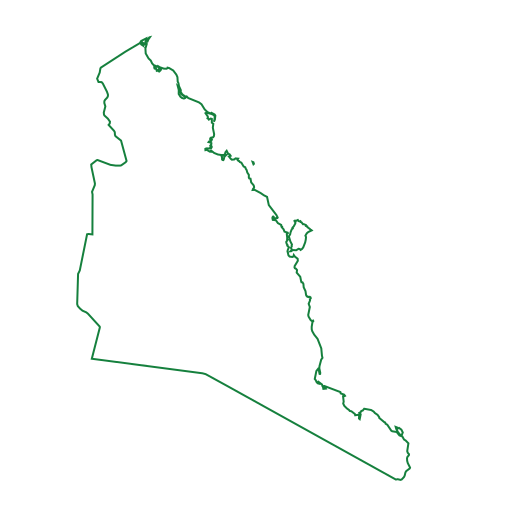 Sonora, Albers equal-area conic projection, rotated 188°
{"feature_id": "MEX-2712", "entity_name": "Sonora", "entity_type": "State", "adm_level": 1, "iso_a3": "MEX", "parent_name": "Mexico", "parent_adm1": "", "projection": "albers", "projection_center": [-111.078, 29.368], "detail": "fine", "context": "isolated", "style": "outline", "palette": "green", "viewbox_px": 512, "rotation_deg": 188, "n_neighbors": 0, "source": "natural_earth", "source_scale": "10m", "svg_char_len": 6108}
<svg xmlns="http://www.w3.org/2000/svg" viewBox="0 0 512 512"><g transform="rotate(188 256 256)"><path d="M86.4,54.1L265.4,122.9L289.4,132.0L292.7,132.4L404.3,131.4L400.7,163.4L400.9,164.3L414.4,175.5L416.3,176.6L420.2,177.7L422.9,179.4L425.5,181.6L426.4,183.5L429.7,213.5L428.5,217.1L426.3,254.0L424.9,254.5L421.0,254.6L426.4,294.2L427.3,296.7L425.5,303.7L425.6,305.4L431.3,321.1L431.9,323.7L427.2,328.6L426.3,329.0L412.8,326.0L407.4,326.0L403.1,326.6L402.1,327.0L399.0,329.9L398.0,330.9L397.4,332.1L405.7,351.5L411.8,355.1L412.5,356.2L413.1,359.0L413.9,360.1L420.2,365.3L419.3,366.8L419.3,368.7L421.8,371.4L425.6,374.0L426.2,374.8L426.7,376.9L426.0,383.2L427.5,386.4L427.7,388.3L427.2,389.6L425.3,392.3L424.9,393.9L425.1,395.3L426.5,398.0L431.7,405.5L433.1,406.7L436.2,406.4L438.0,409.5L436.3,415.9L436.2,420.0L435.9,420.9L413.6,440.3L400.7,450.6L400.2,451.7L399.2,449.6L397.6,448.8L398.4,450.0L396.0,449.7L394.4,451.6L393.9,451.6L393.7,450.7L394.4,446.2L393.4,441.2L389.9,436.7L387.4,434.9L385.7,432.3L383.9,430.8L380.6,430.0L380.2,429.6L380.8,429.4L383.3,430.2L383.0,429.0L382.5,428.8L382.9,428.2L382.5,427.5L380.7,427.3L380.1,425.7L378.8,426.6L378.4,425.4L377.5,425.2L376.3,426.7L376.1,427.4L377.9,427.9L378.1,428.3L377.8,429.2L379.6,429.9L379.5,430.4L377.4,429.5L373.2,428.7L370.7,429.0L369.9,429.6L369.8,430.2L368.1,430.0L363.8,428.2L360.1,424.5L358.7,422.2L357.8,417.8L356.9,416.4L355.9,413.5L353.5,409.7L353.7,409.0L355.9,412.4L357.1,413.3L355.6,409.7L355.1,405.7L353.0,403.2L351.3,402.2L349.3,401.9L348.1,402.6L346.8,404.3L345.1,403.0L333.9,400.2L331.1,398.7L327.2,394.0L324.7,392.2L323.7,391.6L321.7,391.1L320.4,391.1L320.3,390.5L325.2,391.0L325.9,390.4L323.3,387.6L322.9,386.8L323.2,385.6L322.4,385.3L321.7,384.5L320.0,385.8L318.8,385.6L318.3,381.9L316.7,381.0L316.6,377.0L314.4,370.8L314.4,368.7L315.0,367.6L317.1,366.9L317.7,366.1L317.6,365.1L316.9,364.9L316.2,365.3L315.7,366.1L316.2,364.0L316.5,363.5L318.5,362.8L318.8,362.2L316.9,362.0L315.9,361.6L315.8,360.6L316.5,359.1L315.7,358.9L315.2,358.4L315.0,357.7L315.3,356.9L316.0,357.7L316.4,357.4L316.6,356.1L320.3,355.6L321.1,355.0L320.8,353.8L319.6,354.3L316.3,352.9L314.9,353.0L315.6,353.7L315.3,354.0L314.5,353.8L311.8,352.2L307.8,351.2L303.8,351.2L301.8,351.7L301.8,351.2L304.1,350.3L303.4,348.9L303.0,346.8L302.3,346.4L301.7,346.4L301.4,347.1L301.1,349.9L299.4,352.1L300.2,352.0L300.7,352.2L300.9,352.8L300.7,354.5L299.7,356.1L297.9,353.5L296.3,353.0L295.1,351.7L296.7,350.8L294.6,348.8L293.3,348.0L290.9,348.6L289.9,349.8L287.3,349.9L287.8,348.8L287.3,348.2L286.5,347.7L285.9,347.7L285.1,346.8L283.5,346.4L280.7,342.9L279.0,342.4L278.3,341.0L277.3,339.9L276.2,337.4L274.4,335.4L274.0,332.6L273.5,331.9L272.2,331.8L271.0,328.2L268.4,325.9L267.7,324.8L267.4,323.4L268.3,322.0L268.5,320.9L266.5,321.3L260.2,319.0L256.6,317.2L253.3,316.1L250.4,308.2L241.5,299.4L239.9,297.1L240.1,296.6L240.8,296.6L243.0,295.5L244.0,297.3L244.5,297.5L244.8,297.3L245.1,296.0L244.4,294.1L241.3,294.2L238.9,291.6L235.4,290.3L235.1,289.1L234.3,288.7L234.5,288.1L232.4,286.3L231.2,284.1L227.8,283.5L227.6,283.1L228.6,282.1L227.6,278.3L227.5,276.8L226.8,276.5L228.0,274.3L227.9,273.6L227.3,272.3L226.3,271.2L226.5,270.6L224.6,269.2L225.3,266.7L225.5,265.1L223.9,261.1L222.6,260.1L219.8,260.1L218.9,260.7L218.7,262.2L217.4,260.8L214.4,259.1L213.9,257.1L216.3,251.5L216.3,250.1L215.8,249.3L214.7,249.0L213.4,247.8L213.4,245.2L209.3,241.6L207.7,237.0L207.3,236.3L206.3,236.4L205.2,235.0L204.4,231.6L202.1,228.1L201.0,224.4L200.4,223.5L199.5,222.8L199.1,223.1L198.2,222.6L197.1,223.1L196.2,222.6L195.9,221.7L196.6,220.6L196.3,219.5L197.2,216.0L195.6,213.0L196.1,204.9L195.5,203.3L193.0,200.2L191.9,199.5L191.0,199.3L190.5,199.9L190.2,199.5L190.9,198.3L191.0,193.6L190.6,191.1L189.8,189.3L187.4,186.2L183.5,182.5L178.5,173.6L176.8,166.4L176.0,164.4L177.0,162.5L177.8,155.9L177.7,153.7L176.1,149.2L176.1,148.2L176.6,148.1L176.9,148.8L178.3,152.9L178.7,153.1L180.2,150.5L180.7,142.4L179.6,141.4L178.4,139.5L177.1,138.5L175.5,138.3L175.6,138.9L177.1,139.7L176.8,140.2L172.7,137.9L172.1,136.4L171.4,135.6L170.8,133.8L168.4,134.4L169.1,135.4L170.9,136.6L170.3,136.8L153.5,133.0L153.0,131.7L149.5,131.0L148.4,129.9L148.8,129.6L149.8,129.8L150.3,129.3L148.9,124.0L149.1,122.0L147.7,119.9L144.8,117.7L142.5,116.5L141.6,115.6L139.9,115.5L136.1,113.3L135.6,112.1L132.6,113.0L131.6,112.0L131.4,109.4L130.6,108.9L130.3,113.8L130.7,114.3L131.5,114.3L131.9,115.0L131.3,115.4L130.3,116.5L130.1,117.3L128.9,117.7L127.6,119.8L120.5,119.5L117.8,118.3L116.5,117.1L113.5,115.6L111.6,113.6L111.4,112.8L105.8,109.3L104.9,109.1L104.3,107.9L102.5,107.2L97.7,101.8L96.7,101.4L92.2,101.3L89.0,98.3L85.9,97.6L83.9,94.9L82.1,94.1L79.0,91.7L79.1,83.8L78.3,82.2L76.9,81.0L76.9,80.0L78.1,78.1L78.3,76.7L77.8,74.2L76.9,72.1L74.0,67.9L74.2,67.0L77.3,63.9L77.9,62.5L78.2,59.2L78.7,57.7L80.6,55.0L81.7,54.4L84.6,54.7L86.4,54.1ZM221.6,296.1L219.6,297.5L218.7,296.5L217.6,296.3L216.9,296.7L216.4,295.8L215.6,295.7L213.9,294.0L213.2,294.2L210.9,293.6L210.8,292.7L209.4,292.5L209.2,291.8L206.3,290.2L205.6,289.5L205.0,289.5L204.4,289.1L207.6,287.0L208.9,285.5L209.9,283.0L209.1,281.7L209.0,279.1L209.2,276.3L210.4,271.2L211.3,269.5L212.7,268.2L213.6,269.0L214.8,269.1L217.0,267.3L220.5,267.0L221.7,265.7L222.5,265.5L221.5,266.8L221.8,267.9L222.5,268.9L221.9,270.7L222.2,271.5L222.0,272.4L224.0,275.2L226.2,280.0L225.2,282.2L225.1,284.2L224.3,287.5L223.4,288.4L223.8,289.2L222.8,290.5L221.6,293.7L221.7,295.1L222.4,295.4L222.8,296.1L222.3,296.5L221.6,296.1ZM86.8,98.7L88.5,99.1L90.9,101.4L93.0,104.2L93.9,106.2L92.5,105.9L91.7,104.8L90.5,105.7L87.9,104.3L86.1,101.7L86.8,98.7ZM395.0,456.2L395.3,451.6L395.8,451.0L396.9,451.0L398.8,451.8L399.3,453.2L395.0,456.2ZM315.8,389.4L315.7,385.3L316.4,383.1L316.1,385.5L316.3,388.5L317.4,389.7L320.0,390.5L319.8,391.5L316.7,390.4L315.8,389.4ZM347.8,404.0L349.3,404.2L351.2,405.1L352.8,406.2L353.9,408.2L353.4,408.2L352.1,406.4L350.8,405.4L347.8,404.0ZM391.5,457.9L392.8,455.3L393.2,453.6L393.6,453.7L393.8,454.5L393.2,455.9L392.0,457.7L391.5,457.9ZM271.6,348.5L270.9,347.0L271.3,346.5L272.5,348.7L271.6,348.5Z" fill="none" stroke="#15803d" stroke-width="2"/></g></svg>